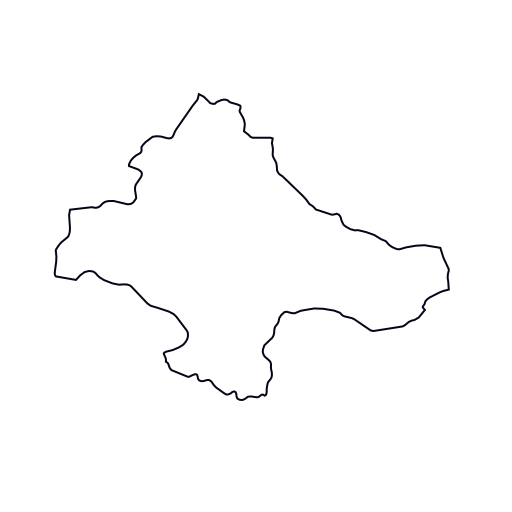 SVG path tracing the border of Dzavhan, rotated 195°
{"feature_id": "MNG-3318", "entity_name": "Dzavhan", "entity_type": "Province", "adm_level": 1, "iso_a3": "MNG", "parent_name": "Mongolia", "parent_adm1": "", "projection": "natural_earth1", "projection_center": [96.384, 48.303], "detail": "fine", "context": "isolated", "style": "outline", "palette": "ink", "viewbox_px": 512, "rotation_deg": 195, "n_neighbors": 0, "source": "natural_earth", "source_scale": "10m", "svg_char_len": 4235}
<svg xmlns="http://www.w3.org/2000/svg" viewBox="0 0 512 512"><g transform="rotate(195 256 256)"><path d="M234.2,112.9L236.8,113.3L238.4,115.1L239.2,117.4L240.3,119.1L241.9,119.6L243.7,118.5L244.4,117.4L245.2,116.5L246.1,115.7L247.1,115.1L248.0,114.7L249.0,114.6L250.0,114.8L250.9,115.1L251.0,115.1L260.6,118.7L263.6,120.6L266.3,123.0L267.8,123.7L269.5,124.0L271.2,123.5L274.4,121.6L276.1,121.0L278.0,121.0L279.3,121.5L280.3,122.6L281.2,124.5L282.2,126.0L283.3,126.3L284.5,125.9L285.9,125.0L289.4,122.0L290.8,121.7L308.2,123.9L310.5,125.7L312.9,129.2L313.9,130.0L315.7,130.6L315.7,131.0L315.9,131.7L316.2,132.6L316.6,133.5L317.1,134.3L319.5,137.3L319.9,138.2L319.3,139.2L317.9,140.4L312.1,143.6L307.0,147.6L303.8,150.9L303.0,152.1L302.1,154.0L301.6,155.3L300.9,157.9L300.9,159.8L301.0,161.2L302.0,164.3L303.7,166.2L317.3,176.8L320.6,178.6L325.9,179.8L338.2,180.5L344.9,180.7L348.7,182.1L368.6,194.3L370.1,194.9L373.1,195.1L377.3,194.1L379.4,193.3L381.2,192.8L387.6,192.4L396.6,193.4L401.3,194.8L403.7,196.0L406.5,197.9L408.0,198.5L409.4,198.8L411.9,198.6L413.6,198.2L417.3,196.2L420.7,192.0L423.7,186.3L444.0,184.5L445.2,185.5L445.7,186.6L446.2,188.5L447.5,198.7L448.6,203.6L450.2,207.9L450.9,209.5L450.8,210.6L449.6,214.4L448.6,216.8L447.5,218.9L442.9,225.4L442.4,226.5L442.2,227.8L442.1,229.6L442.3,232.1L443.0,235.1L447.1,247.1L447.6,252.6L427.4,260.6L423.6,261.0L421.6,261.8L419.7,263.5L417.5,267.4L415.6,269.4L412.7,270.9L407.7,272.3L393.9,272.7L392.0,273.2L390.4,273.9L389.2,275.1L388.3,276.2L386.7,280.5L387.3,282.6L389.6,287.6L390.5,290.5L390.7,292.8L390.3,294.6L387.5,302.6L387.3,304.5L387.6,306.1L388.4,307.4L390.5,308.5L392.3,309.1L402.0,310.0L402.2,310.7L402.3,311.3L402.3,312.2L401.9,314.5L401.5,315.9L400.7,317.7L399.6,319.7L397.6,322.4L394.8,325.1L393.9,326.5L393.8,328.4L394.4,329.9L394.8,331.7L393.9,334.1L392.1,337.5L386.7,344.4L382.9,346.0L378.8,346.8L372.6,346.8L370.3,347.1L368.4,348.1L367.3,349.8L366.9,352.1L366.6,354.7L366.0,357.2L356.0,385.0L353.3,391.0L352.9,392.8L353.1,397.5L347.8,396.4L342.9,393.7L339.8,391.8L336.9,391.8L335.8,392.1L335.3,392.3L334.9,392.7L334.1,394.1L333.5,394.8L330.0,397.5L327.7,398.7L326.7,399.0L325.0,399.1L324.2,399.1L323.5,399.0L321.9,398.1L320.9,397.8L320.4,397.7L313.3,397.6L310.0,397.1L309.7,396.3L309.3,395.1L309.5,392.2L308.9,390.9L304.3,386.3L302.4,383.6L301.1,380.9L300.6,378.7L299.9,373.4L294.3,371.0L292.0,369.6L289.7,369.4L272.6,374.0L270.3,373.9L269.8,369.0L268.8,367.1L267.3,363.6L266.0,357.7L264.6,355.6L260.7,351.4L259.2,348.3L257.8,344.0L256.8,342.9L255.4,341.5L253.2,340.5L252.2,340.3L250.4,339.5L226.5,326.3L222.1,323.5L218.0,320.1L217.3,319.8L215.2,319.2L212.9,318.2L210.2,316.4L193.5,315.5L191.6,316.2L188.9,317.7L186.6,317.3L185.4,316.5L184.7,315.8L183.9,314.8L183.1,313.2L181.9,311.6L180.5,309.9L179.3,308.7L177.3,307.8L171.7,306.3L169.7,306.4L167.7,306.3L167.1,306.4L164.6,307.2L163.5,307.4L155.9,307.6L147.2,306.9L139.5,304.6L135.0,304.0L134.3,303.8L133.5,303.4L131.4,301.8L129.7,300.9L126.9,299.9L123.4,299.3L121.2,299.2L119.2,299.6L113.0,303.3L104.3,307.3L96.1,310.0L80.1,311.6L74.4,302.7L66.6,293.4L66.0,291.8L66.0,289.5L65.8,287.2L65.1,284.2L63.7,281.1L61.1,273.4L65.9,270.8L69.3,268.3L77.2,261.2L79.4,258.6L80.4,256.7L80.6,256.2L80.7,255.4L80.7,253.9L80.8,253.1L80.9,252.5L81.3,251.7L81.4,251.4L81.6,251.1L81.7,250.9L81.8,250.5L81.7,249.9L81.6,249.6L80.8,248.9L78.9,247.6L82.9,238.7L86.3,235.3L89.0,233.8L91.3,231.9L94.3,227.7L96.0,226.0L123.2,213.9L126.0,213.8L144.5,220.3L147.3,220.8L155.2,220.6L157.1,221.0L160.0,222.7L160.4,222.9L166.4,223.5L177.5,222.4L186.1,220.4L194.1,216.8L198.7,214.6L203.8,210.7L206.6,210.1L211.9,210.1L214.0,209.2L216.4,205.3L217.4,202.2L217.4,201.3L217.2,198.6L217.5,196.8L218.1,195.0L219.1,192.9L219.3,191.0L219.1,188.8L218.6,186.5L218.5,183.8L219.1,181.3L224.8,171.9L225.1,167.4L224.6,165.0L223.8,163.6L222.6,162.0L221.0,160.8L217.0,158.9L215.1,157.8L214.0,156.4L213.5,155.4L212.7,152.1L212.0,150.3L210.4,147.2L209.7,144.6L209.6,142.5L210.2,140.6L211.5,137.7L211.7,137.1L211.7,136.7L211.8,135.4L211.4,131.0L210.5,127.4L210.3,124.7L211.5,123.3L213.0,123.9L214.3,123.7L215.3,122.7L217.0,120.5L218.4,119.8L224.7,119.0L227.3,118.0L229.7,115.1L231.6,113.5L234.2,112.9Z" fill="none" stroke="#020617" stroke-width="2"/></g></svg>